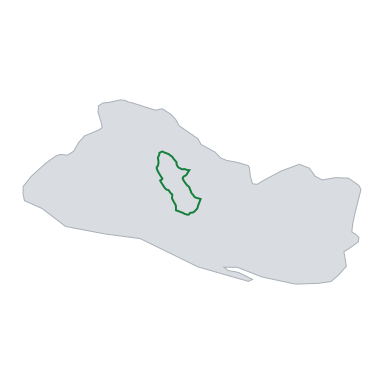 location of Cuscatlán within El Salvador
{"feature_id": "SLV-1345", "entity_name": "Cuscatlán", "entity_type": "Department", "adm_level": 1, "iso_a3": "SLV", "parent_name": "El Salvador", "parent_adm1": "", "projection": "orthographic", "projection_center": [-89.024, 13.859], "detail": "fine", "context": "in_parent", "style": "outline", "palette": "green", "viewbox_px": 384, "rotation_deg": 0, "n_neighbors": 0, "source": "natural_earth", "source_scale": "10m", "svg_char_len": 2608}
<svg xmlns="http://www.w3.org/2000/svg" viewBox="0 0 384 384"><path d="M128.2,102.1L131.8,102.7L155.4,110.2L162.4,108.8L171.3,114.7L175.6,119.4L179.3,125.9L198.0,138.8L201.1,144.5L215.0,152.1L220.7,158.0L226.6,160.4L238.3,162.6L248.2,165.6L249.4,167.8L250.4,176.5L252.5,183.8L257.2,184.3L263.0,180.7L281.6,170.8L299.3,164.3L309.3,168.1L315.2,176.3L322.0,179.9L335.9,177.6L348.6,178.2L358.7,185.3L361.0,189.4L355.0,213.1L352.8,223.3L351.8,231.9L355.4,234.1L358.9,237.4L358.2,242.0L347.3,249.7L343.9,251.7L346.4,266.3L338.4,275.2L330.9,281.6L317.8,283.4L295.5,284.1L262.0,277.0L237.3,267.3L223.9,267.2L228.1,270.5L238.7,272.5L252.5,279.4L248.5,281.4L198.2,267.0L140.1,238.6L105.3,234.0L65.6,226.5L42.1,208.5L24.5,200.7L23.0,193.9L23.2,186.4L31.3,176.3L46.2,162.8L56.1,155.8L60.8,154.4L67.3,155.2L73.6,151.3L79.0,142.0L84.6,135.9L98.9,129.9L102.2,127.5L101.1,122.2L98.0,112.0L98.5,105.8L103.2,102.9L108.8,102.4L120.3,99.9L125.3,100.4L128.2,102.1Z" fill="#d9dde1" stroke="#a8b0b8" stroke-width="1"/><path d="M189.3,170.2L187.2,173.5L187.1,173.9L186.6,174.5L186.2,175.0L185.6,175.5L183.7,176.5L183.5,176.8L183.2,177.0L183.0,177.3L182.9,177.7L182.8,178.1L182.7,178.5L183.1,179.4L183.7,180.7L186.5,184.6L187.3,185.5L188.5,186.3L189.2,187.1L189.7,188.2L189.8,188.9L190.0,189.5L190.7,190.7L190.9,191.3L191.1,192.2L191.4,192.9L192.0,193.7L193.3,195.1L194.2,196.5L194.4,196.9L195.7,197.6L200.6,199.0L198.0,205.9L197.5,207.9L197.2,208.6L196.8,209.0L194.1,211.8L193.1,212.4L192.3,212.6L190.5,212.8L190.2,213.0L189.9,213.1L189.6,213.4L189.3,214.1L189.1,214.4L188.8,214.5L188.5,214.6L187.9,214.7L187.4,214.7L184.7,213.9L182.3,212.6L176.0,210.3L175.9,205.9L175.6,205.2L175.4,204.4L174.7,203.5L172.2,198.8L172.0,198.1L172.3,195.0L172.1,194.4L171.9,194.0L171.5,193.8L171.0,193.5L170.4,192.8L168.6,190.2L168.3,190.0L168.0,189.9L167.5,189.8L166.6,189.7L165.7,188.9L164.4,187.4L160.6,181.5L160.2,180.4L160.5,180.2L161.5,179.7L161.9,179.5L162.1,179.1L162.4,178.6L162.2,178.3L161.4,177.2L158.4,172.3L157.1,169.6L156.8,168.5L156.7,167.2L156.8,167.0L157.0,166.8L157.2,166.6L157.5,166.4L157.9,165.8L158.0,165.4L158.1,165.0L158.2,164.2L158.4,163.4L158.5,162.8L158.5,162.6L158.5,162.3L158.4,160.9L158.0,158.5L157.9,157.9L158.0,157.4L158.7,156.0L159.3,154.3L159.4,152.9L161.9,151.6L162.3,151.6L162.8,151.7L164.6,152.6L168.2,153.9L169.0,154.3L170.0,155.2L172.4,156.9L172.6,157.2L173.2,158.3L176.3,162.0L176.6,162.4L176.6,162.6L176.5,163.3L176.5,163.7L176.6,164.0L176.7,164.4L176.9,165.1L177.3,165.9L178.0,167.0L178.7,167.6L179.2,167.9L182.2,169.3L184.8,169.1L187.0,170.0L189.3,170.2Z" fill="none" stroke="#15803d" stroke-width="2"/></svg>